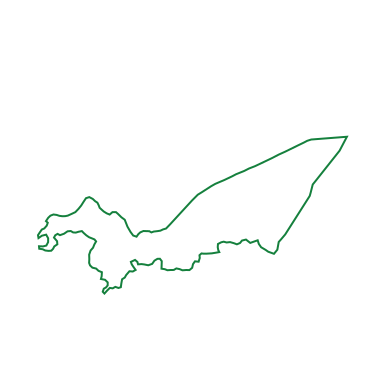 outline of Pindaré-Mirim, Maranhão, Brazil, rotated 215°
{"feature_id": "56859067B48073775687660", "entity_name": "Pindaré-Mirim", "entity_type": "district", "adm_level": 2, "iso_a3": "BRA", "parent_name": "Brazil", "parent_adm1": "Maranhão", "projection": "natural_earth1", "projection_center": [-45.393, -3.706], "detail": "fine", "context": "isolated", "style": "outline", "palette": "green", "viewbox_px": 384, "rotation_deg": 215, "n_neighbors": 0, "source": "geoboundaries", "source_scale": "gbopen_adm2", "svg_char_len": 2564}
<svg xmlns="http://www.w3.org/2000/svg" viewBox="0 0 384 384"><g transform="rotate(215 192 192)"><path d="M120.5,184.0L115.1,183.7L110.5,190.1L107.5,187.8L103.7,186.4L98.5,186.8L95.3,186.8L89.4,188.4L89.0,193.7L92.3,200.8L91.9,204.2L91.3,210.7L93.3,256.3L94.3,259.2L97.4,267.4L97.1,271.9L94.8,310.5L96.8,326.1L124.4,303.4L127.0,300.0L128.7,296.7L132.0,290.8L138.9,278.3L142.4,272.4L146.0,265.5L149.4,259.5L155.2,249.3L158.8,243.9L161.3,239.2L166.1,231.8L168.1,227.9L172.6,220.0L175.0,216.2L177.6,212.0L179.6,207.8L182.5,200.7L183.8,197.5L185.7,193.1L187.1,185.1L191.4,152.9L192.3,147.2L194.3,144.7L195.7,142.2L198.0,140.0L200.6,137.7L202.1,135.6L204.5,135.4L206.9,133.8L209.4,132.2L211.2,129.3L211.8,126.6L211.8,123.6L215.2,122.6L219.4,124.0L225.0,126.6L231.2,130.7L235.3,130.8L240.0,131.6L242.7,131.9L245.6,129.9L246.5,126.3L249.6,125.6L253.1,125.4L255.6,125.7L258.6,126.1L260.8,127.6L263.4,129.0L266.0,128.9L269.3,129.4L273.2,128.9L275.3,126.1L275.2,121.7L275.0,117.4L275.3,113.1L276.0,108.6L278.0,105.1L280.2,101.4L282.0,99.5L284.3,97.8L287.0,96.4L289.7,95.6L292.6,94.1L294.4,91.4L295.0,88.4L294.9,84.4L292.5,84.1L291.7,81.1L292.1,77.4L293.5,75.1L293.5,71.7L293.4,68.3L291.3,66.2L289.9,70.1L287.0,73.4L283.3,71.6L281.1,68.4L280.6,64.6L282.8,62.0L286.2,59.8L284.6,57.9L281.4,59.5L278.7,59.9L275.7,61.5L273.6,63.2L273.2,65.8L273.6,68.4L272.3,71.9L274.3,74.3L276.6,74.9L278.9,75.5L279.2,78.1L278.1,80.6L275.4,80.9L272.9,84.4L271.4,88.4L268.9,90.5L266.2,90.7L263.9,92.1L262.1,94.4L259.8,96.8L257.2,96.3L253.8,95.9L250.4,95.9L247.0,96.7L244.7,97.2L242.2,96.5L241.9,93.0L241.1,89.6L241.5,85.9L240.3,81.7L237.6,78.1L235.6,74.9L233.4,73.4L230.2,72.9L226.6,74.3L223.4,73.8L219.8,74.6L217.7,71.2L216.7,68.5L212.9,70.2L209.2,69.6L207.5,67.1L207.7,64.5L208.8,62.2L207.9,59.1L205.5,58.6L205.0,62.5L204.3,66.3L201.7,67.6L200.4,70.3L197.2,71.2L195.7,73.2L197.4,76.5L199.2,80.4L198.0,83.4L198.3,86.2L197.8,91.2L194.9,92.9L193.5,95.8L197.4,97.2L199.9,98.2L202.0,99.7L199.7,103.7L196.6,103.4L194.7,101.8L192.0,104.0L189.5,105.3L185.8,106.9L183.4,110.3L183.4,114.2L182.0,117.4L180.0,118.9L177.1,118.0L175.0,114.8L173.0,111.7L169.9,113.2L167.3,113.8L164.7,115.9L162.2,117.7L161.0,120.4L158.0,121.7L154.9,122.4L152.1,124.7L149.3,126.6L148.4,130.0L149.8,133.5L149.8,136.9L146.6,138.7L147.8,142.4L149.6,144.5L149.0,147.1L147.0,148.2L144.5,150.0L140.6,153.1L137.5,156.1L135.2,158.4L137.3,159.6L139.3,161.6L140.9,164.3L139.2,167.6L137.5,169.5L134.7,170.5L132.1,172.8L128.3,174.1L125.2,174.9L123.4,177.8L123.2,180.9L120.5,184.0Z" fill="none" stroke="#15803d" stroke-width="2"/></g></svg>